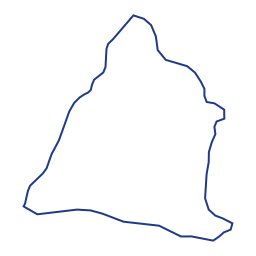 outline of Changhua
{"feature_id": "TWN-1169", "entity_name": "Changhua", "entity_type": "County", "adm_level": 1, "iso_a3": "TWN", "parent_name": "Taiwan", "parent_adm1": "", "projection": "albers", "projection_center": [120.501, 23.99], "detail": "fine", "context": "isolated", "style": "outline", "palette": "blue", "viewbox_px": 256, "rotation_deg": 0, "n_neighbors": 0, "source": "natural_earth", "source_scale": "10m", "svg_char_len": 841}
<svg xmlns="http://www.w3.org/2000/svg" viewBox="0 0 256 256"><path d="M23.6,206.4L25.0,203.8L27.9,191.0L30.1,185.7L42.9,173.4L46.6,168.3L51.5,154.3L58.9,140.4L69.3,111.4L74.2,102.9L79.6,97.5L84.1,94.5L88.0,92.6L90.8,90.0L92.0,84.7L94.1,79.7L103.3,72.5L105.5,67.0L106.5,48.8L108.2,43.8L113.0,39.2L133.4,15.4L143.9,18.8L151.1,25.1L155.9,36.5L157.7,50.1L165.8,59.9L187.2,66.2L195.0,72.6L200.8,81.6L204.4,88.8L204.4,95.9L206.7,102.0L214.4,103.3L224.2,109.7L224.2,112.3L224.3,118.7L216.6,121.5L214.4,126.8L215.4,134.1L211.8,142.2L208.9,152.0L208.7,162.2L206.6,174.1L205.1,198.3L208.7,209.6L215.3,215.6L222.3,218.2L232.4,223.3L230.7,229.6L223.8,232.4L219.2,236.5L215.0,239.4L213.1,240.6L191.5,236.4L181.0,236.5L159.1,225.7L123.5,221.7L102.6,213.7L90.6,210.4L77.0,209.6L37.3,214.3L23.6,206.4Z" fill="none" stroke="#1e3a8a" stroke-width="2"/></svg>